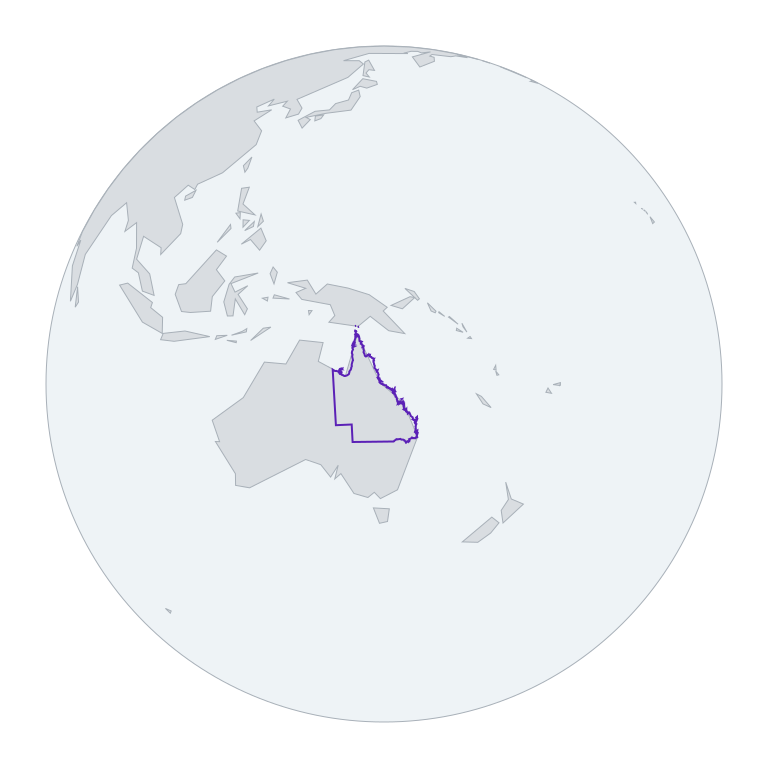 the Earth from above Queensland
{"feature_id": "AUS-2657", "entity_name": "Queensland", "entity_type": "State", "adm_level": 1, "iso_a3": "AUS", "parent_name": "Australia", "parent_adm1": "", "projection": "orthographic", "projection_center": [147.106, -19.205], "detail": "fine", "context": "on_globe", "style": "outline", "palette": "violet", "viewbox_px": 768, "rotation_deg": 0, "n_neighbors": 0, "source": "natural_earth", "source_scale": "10m", "svg_char_len": 11186}
<svg xmlns="http://www.w3.org/2000/svg" viewBox="0 0 768 768"><circle cx="384" cy="384" r="338" fill="#eef3f6" stroke="#a8b0b8"/><path d="M560.4,382.6L560.4,385.2L559.9,385.5L560.4,382.6ZM534.9,81.6L537.8,83.3L530.4,81.3L532.8,80.6L530.2,79.3L534.9,81.6ZM526.6,77.7L520.4,75.0L514.2,72.2L506.7,69.3L500.0,66.6L500.4,66.8L526.6,77.7ZM652.7,223.6L650.0,216.7L654.4,222.0L652.7,223.6ZM646.4,212.0L647.8,214.4L646.2,212.2L646.4,212.0ZM644.1,210.0L645.7,211.4L644.0,210.5L644.1,210.0ZM641.1,208.3L642.6,208.9L642.5,209.1L641.1,208.3ZM635.8,203.6L634.4,202.3L635.6,202.2L635.8,203.6ZM506.9,69.4L507.9,69.9L503.6,68.3L506.9,69.4ZM489.4,63.0L482.3,60.7L489.9,63.1L489.4,63.0ZM475.0,58.6L478.3,59.5L460.9,55.0L461.6,55.4L454.3,53.5L475.0,58.6ZM408.8,47.0L412.4,47.3L430.9,49.4L432.7,49.6L432.2,49.5L454.3,53.5L461.6,55.4L457.1,54.6L467.5,57.7L455.8,55.9L450.9,56.7L432.0,54.5L429.8,56.1L434.1,57.3L434.4,61.3L419.8,67.0L412.4,56.9L430.5,51.9L421.4,52.9L417.8,51.4L411.0,51.3L405.1,52.8L407.9,53.6L369.1,53.4L343.5,60.7L359.2,60.7L363.4,64.0L347.9,77.4L297.0,99.4L302.0,108.1L298.5,114.1L285.8,117.9L290.5,109.0L282.7,106.2L287.3,101.2L268.5,105.9L274.3,99.1L256.8,107.0L257.2,112.2L271.7,109.8L254.1,120.9L261.6,130.8L256.2,144.6L222.5,172.8L197.6,184.2L194.8,189.5L188.2,185.2L174.4,197.5L182.7,224.4L180.7,233.6L160.7,254.5L161.1,247.7L143.6,236.3L136.6,259.2L149.7,273.9L154.1,295.4L142.4,291.1L138.4,272.8L132.2,268.1L136.5,248.3L136.6,222.6L124.9,231.4L128.4,220.4L126.6,202.7L111.4,215.6L85.3,254.4L77.5,284.3L70.4,301.3L72.4,265.9L80.8,240.1L76.8,246.3L82.5,231.5L94.5,209.7L108.1,188.9L123.1,169.2L139.6,150.6L157.4,133.3L176.4,117.3L196.6,102.8L217.7,89.8L239.8,78.4L262.6,68.6L286.1,60.6L310.1,54.3L334.5,49.7L359.2,47.0L384.0,46.1L408.8,47.0ZM165.4,608.4L171.2,611.0L170.3,613.2L165.4,608.4ZM226.8,340.3L236.4,341.1L236.2,342.7L226.8,340.3ZM216.8,335.7L227.3,335.3L215.3,339.4L216.8,335.7ZM231.5,335.2L242.2,331.4L246.8,328.6L246.3,331.9L231.5,335.2ZM209.8,336.6L174.1,341.3L160.6,339.7L163.2,333.4L185.0,331.0L209.8,336.6ZM162.2,333.4L142.4,322.1L119.6,285.1L127.7,283.1L152.4,302.5L150.7,307.6L162.6,317.3L162.2,333.4ZM212.3,296.6L210.6,311.2L190.4,312.5L181.5,311.5L175.2,294.3L178.7,284.6L185.8,283.7L216.4,249.9L226.5,256.1L216.4,269.7L224.8,280.9L212.3,296.6ZM77.6,286.7L78.5,302.1L75.2,307.2L77.6,286.7ZM231.0,228.5L217.2,242.3L230.5,224.5L231.0,228.5ZM240.3,212.6L240.0,218.8L235.9,213.2L240.3,212.6ZM192.4,197.4L184.7,200.2L185.6,196.1L196.0,190.3L192.4,197.4ZM251.9,157.0L247.8,168.2L244.9,172.2L243.4,165.7L251.9,157.0ZM491.8,517.1L499.0,522.8L490.7,533.0L477.8,542.3L462.3,541.9L491.8,517.1ZM379.5,523.3L373.4,507.9L389.3,508.8L387.5,521.5L379.5,523.3ZM501.2,510.4L508.4,499.5L505.7,482.1L511.3,499.0L523.4,504.1L503.0,523.0L501.2,510.4ZM305.6,459.5L249.6,487.8L235.6,485.4L235.4,473.7L215.4,441.5L219.6,441.7L212.2,420.2L243.3,397.6L264.4,362.1L285.9,364.0L299.6,340.1L323.1,342.6L318.3,361.4L345.4,376.0L357.4,334.2L380.0,382.6L403.7,403.1L417.6,436.9L397.5,489.8L380.4,498.6L374.3,492.3L367.9,497.5L354.0,493.5L340.9,473.6L334.8,478.9L338.2,465.2L330.6,477.1L320.8,464.7L305.6,459.5ZM476.4,393.8L481.4,396.4L491.1,407.6L483.0,403.9L476.4,393.8ZM548.0,388.0L551.5,393.3L545.9,392.3L548.0,388.0ZM559.9,385.5L553.1,384.6L560.4,382.6L559.9,385.5ZM495.7,371.0L498.8,374.8L496.9,375.3L495.7,371.0ZM493.6,369.4L495.7,365.3L496.1,370.1L493.6,369.4ZM467.6,338.2L470.1,336.5L471.5,338.6L467.6,338.2ZM250.6,340.5L263.3,328.2L270.9,327.1L250.6,340.5ZM463.1,332.3L456.3,330.5L456.7,328.2L463.1,332.3ZM463.0,326.8L461.9,323.2L466.9,332.1L463.0,326.8ZM449.4,316.5L458.1,324.2L448.5,317.1L449.4,316.5ZM444.7,316.4L438.7,312.7L439.0,311.7L444.7,316.4ZM383.2,311.0L404.8,333.6L388.7,330.7L370.2,316.3L358.0,326.4L328.9,322.2L334.8,315.6L330.3,304.7L301.8,299.4L296.0,292.5L305.7,288.3L287.5,282.7L307.3,280.1L315.9,294.1L327.3,284.0L348.1,288.1L369.2,294.7L387.2,307.3L383.2,311.0ZM308.5,310.5L312.0,310.6L309.1,314.7L308.5,310.5ZM427.4,302.8L436.0,311.2L435.2,312.8L431.1,311.0L427.4,302.8ZM391.1,305.4L410.0,296.7L414.7,297.6L402.4,308.8L391.1,305.4ZM404.9,288.4L414.2,291.5L419.4,298.8L417.6,300.3L404.9,288.4ZM268.0,297.2L267.4,301.0L262.4,298.2L268.0,297.2ZM274.3,294.8L289.5,299.0L273.0,298.1L274.3,294.8ZM231.0,283.6L235.0,292.1L247.8,285.7L238.1,294.4L247.4,308.8L244.7,314.7L235.3,298.9L233.0,315.9L227.4,316.0L223.8,301.9L229.1,284.3L234.7,277.0L258.2,273.0L231.0,283.6ZM274.0,283.9L270.1,273.7L273.1,267.0L277.3,272.2L274.0,283.9ZM259.6,250.2L250.5,239.5L241.3,244.2L260.9,228.1L266.2,240.8L259.6,250.2ZM253.4,226.5L244.7,230.6L254.3,221.5L253.4,226.5ZM243.0,227.2L243.1,219.8L249.4,220.4L243.0,227.2ZM257.8,226.6L261.1,214.0L263.4,221.2L257.8,226.6ZM243.0,204.0L255.0,214.9L237.7,211.0L241.6,188.3L249.3,187.2L243.0,204.0ZM314.8,120.9L315.4,116.0L323.6,115.0L320.9,118.6L314.8,120.9ZM351.0,110.1L326.0,113.3L306.1,117.4L310.3,119.6L302.1,128.1L298.1,120.3L315.1,111.3L329.5,109.9L335.6,103.6L348.5,100.0L351.7,92.7L358.7,90.1L360.2,96.6L351.0,110.1ZM352.5,89.7L362.8,78.7L376.5,81.4L377.3,84.4L366.8,88.1L360.2,86.3L352.5,89.7ZM369.3,77.0L363.0,75.6L364.9,62.0L368.7,60.1L374.5,70.4L368.9,69.7L366.0,73.0L369.3,77.0Z" fill="#d9dde1" stroke="#a8b0b8" stroke-width="1"/><path d="M332.7,369.6L334.4,370.8L335.5,371.0L336.5,370.9L337.5,371.3L338.5,371.4L339.3,372.2L339.3,373.0L339.8,373.9L341.0,374.2L342.1,375.0L343.7,375.5L344.2,376.0L345.5,375.9L347.0,375.4L348.8,374.2L349.4,372.4L349.3,371.7L350.1,370.4L350.7,369.8L351.2,368.6L351.1,368.0L351.9,366.0L351.6,365.2L351.9,363.6L352.6,361.0L353.0,360.3L352.2,356.7L352.5,354.5L351.8,353.1L352.1,351.3L353.0,349.4L352.3,347.9L352.6,347.3L353.3,346.9L353.6,346.0L354.0,346.3L354.3,347.4L354.1,346.5L354.7,346.2L353.6,345.9L354.5,345.5L353.5,345.5L352.9,345.0L353.2,344.8L352.7,344.7L352.7,345.2L352.9,345.3L352.3,345.3L353.0,343.5L353.5,343.5L353.2,343.3L353.6,342.1L354.1,341.8L354.1,342.7L354.4,342.3L354.7,342.5L354.8,342.3L354.3,341.9L354.3,341.4L355.3,338.2L355.3,335.9L356.3,335.6L357.0,334.5L357.6,334.3L358.0,334.7L357.4,335.3L357.4,335.8L357.9,335.3L358.3,335.7L358.3,336.1L358.8,335.9L359.2,337.1L359.1,337.7L359.5,338.3L359.3,338.9L359.5,341.0L360.3,341.5L360.9,341.3L361.8,341.7L360.8,342.8L360.8,343.8L361.8,344.1L362.1,345.0L362.9,345.4L362.5,347.0L363.5,346.7L363.3,347.2L363.3,348.1L363.5,349.6L363.8,350.1L363.9,350.8L363.5,352.1L364.0,353.2L364.4,353.6L364.6,354.8L365.0,355.9L365.9,356.5L367.2,355.7L367.4,355.0L368.0,355.3L368.8,354.9L369.0,354.4L369.6,355.0L369.6,355.6L369.9,355.4L369.8,356.2L370.1,356.7L371.4,357.0L371.7,357.7L372.2,358.1L373.3,358.3L373.6,359.0L374.0,358.9L373.4,360.3L373.5,360.7L373.9,360.5L374.0,360.7L373.6,361.0L373.4,361.8L374.1,363.7L374.1,364.6L374.7,365.5L374.5,366.3L374.7,366.7L374.4,367.8L376.2,369.8L376.5,370.3L376.3,370.6L376.5,371.0L376.8,370.3L377.1,370.5L377.5,370.3L377.1,371.4L378.2,373.3L378.2,374.1L378.6,374.7L378.4,375.0L378.3,375.7L378.4,376.1L377.8,377.7L377.9,378.3L378.4,379.0L378.8,379.1L379.0,379.9L379.7,380.0L379.4,382.1L380.4,383.2L381.5,383.9L382.0,383.8L382.9,384.6L383.5,384.3L383.5,383.8L383.7,384.7L384.2,385.2L385.8,385.2L385.8,384.6L386.5,386.0L386.7,386.8L386.5,387.0L387.2,387.7L387.8,387.7L387.6,386.9L388.0,387.0L388.6,388.1L389.4,388.0L389.7,388.3L390.5,388.5L390.7,388.9L390.4,389.2L391.2,389.9L391.5,389.8L391.3,389.7L391.6,389.5L391.4,389.1L391.8,389.2L392.1,389.0L392.3,390.0L392.5,389.7L392.7,389.8L392.7,390.3L393.3,390.2L394.1,391.9L393.7,391.8L393.4,391.3L393.1,391.5L392.8,391.3L392.9,391.7L392.6,392.1L393.0,393.0L393.6,393.3L393.5,394.0L393.7,393.7L394.7,394.0L394.6,394.5L395.3,394.6L395.7,395.2L395.5,395.9L395.7,396.3L395.8,396.2L396.0,396.3L396.2,396.9L396.0,397.0L396.3,397.2L396.0,397.7L396.3,397.5L396.6,397.6L396.7,398.1L397.1,397.8L396.8,398.4L397.0,399.0L396.8,399.3L397.5,401.5L397.4,401.7L397.7,402.0L398.1,402.6L397.9,403.5L398.8,402.8L400.0,404.4L399.4,402.4L399.7,401.6L400.1,401.4L400.8,402.9L403.1,404.3L402.7,403.2L402.9,402.6L403.2,402.7L403.2,403.0L403.4,403.1L403.5,402.8L403.6,403.3L403.9,403.4L403.7,403.7L403.4,403.7L403.7,404.4L404.0,403.8L404.2,404.8L404.0,406.1L403.7,406.2L403.9,406.4L403.8,407.5L404.2,408.0L403.9,408.4L404.4,409.5L404.0,409.6L404.4,409.9L405.1,409.9L405.7,410.6L406.0,411.4L406.5,411.5L407.3,412.6L407.8,412.7L407.9,413.1L408.1,412.8L408.7,413.1L408.3,412.5L408.4,412.4L408.9,412.7L408.8,412.9L409.2,412.7L409.3,413.4L409.6,413.6L409.8,413.5L410.9,416.1L412.7,417.4L412.8,418.6L413.5,419.5L413.1,419.6L413.8,420.1L414.4,420.3L414.5,420.0L414.9,420.3L415.0,421.1L414.6,421.4L415.1,421.2L415.1,421.6L414.8,421.9L414.7,422.6L415.3,423.5L415.3,424.3L415.6,423.5L415.8,424.1L416.3,424.2L415.5,426.4L415.8,426.8L415.6,428.3L415.8,428.5L415.7,429.7L416.0,430.8L415.3,431.0L415.1,431.5L415.5,431.5L415.2,432.2L415.7,432.5L415.8,433.0L416.2,433.3L416.8,435.1L417.0,435.1L416.7,436.0L416.9,436.0L416.9,436.7L417.2,437.1L416.4,437.7L415.6,437.7L415.1,438.3L413.9,438.0L413.2,438.2L412.6,437.8L412.3,438.0L411.9,437.6L411.4,438.2L409.1,439.2L409.6,440.1L409.3,441.3L408.5,441.3L408.3,441.7L407.8,441.1L407.0,441.5L406.7,442.1L406.0,442.7L405.7,442.3L405.6,441.3L404.4,440.7L404.4,440.2L403.1,439.6L401.3,439.6L400.5,438.9L397.4,439.4L396.9,439.1L396.3,439.2L396.0,439.7L394.3,440.7L394.1,441.2L393.6,441.5L352.6,442.0L351.7,424.5L335.9,425.2L332.7,369.6ZM417.4,418.7L415.7,422.6L415.8,423.1L415.5,423.3L415.0,422.1L415.7,420.6L415.8,420.1L415.5,419.9L416.6,418.9L416.7,418.2L416.2,417.6L417.0,416.9L417.0,418.0L417.4,418.7ZM342.4,368.6L342.3,369.1L341.7,369.3L341.4,368.9L341.0,369.1L341.3,369.3L341.0,369.3L340.8,370.0L340.6,369.8L340.1,370.4L339.6,370.4L339.3,370.0L339.4,370.4L339.2,370.6L339.3,369.8L339.9,368.9L341.6,368.4L342.2,368.7L342.4,368.6ZM406.3,410.2L406.6,411.0L406.2,411.2L404.9,409.5L405.4,409.2L406.1,409.8L406.3,409.5L406.3,410.2ZM379.7,379.0L379.8,379.4L379.6,379.7L379.1,379.6L378.9,379.1L378.3,378.4L379.0,378.5L379.1,378.1L379.5,378.3L379.4,378.7L379.7,379.0ZM417.1,432.7L417.7,432.9L417.1,434.6L416.8,434.7L416.9,433.3L417.1,432.7ZM417.1,432.5L416.8,430.8L417.3,430.5L417.1,432.5ZM355.6,333.8L356.1,334.5L355.5,334.8L355.1,334.3L355.6,333.8ZM341.6,372.1L341.6,372.5L341.0,372.5L340.8,372.8L340.7,372.5L341.2,371.8L341.6,372.1ZM356.1,331.1L356.3,331.5L356.1,331.8L355.7,331.7L355.6,331.2L356.1,331.1ZM394.8,390.6L394.1,390.4L394.4,389.6L394.5,390.1L394.8,390.6ZM355.5,330.8L355.5,331.2L355.2,331.4L355.0,331.0L355.2,330.6L355.5,330.8ZM357.8,326.8L358.9,326.7L358.5,326.9L357.8,326.8ZM399.4,400.8L399.4,401.5L399.2,401.9L399.1,401.4L399.4,400.8ZM402.4,401.9L402.8,402.5L402.4,402.7L402.4,401.9ZM394.3,389.0L394.1,389.8L393.8,389.5L394.3,389.0ZM355.5,325.9L355.9,326.0L355.2,326.1L355.5,325.9ZM381.1,380.9L381.6,381.3L381.0,381.4L381.1,380.9ZM382.6,383.5L382.7,383.8L382.4,383.8L382.2,383.6L382.6,383.5ZM356.0,333.7L356.3,333.9L356.0,334.1L356.0,333.7ZM406.8,411.1L407.0,411.8L406.8,411.4L406.8,411.1ZM398.3,402.6L398.5,402.7L398.3,403.2L398.2,402.9L398.3,402.6ZM395.0,391.2L395.1,391.6L394.8,391.9L394.7,391.7L395.0,391.2ZM391.5,388.5L391.6,389.0L391.4,389.0L391.5,388.5ZM401.5,399.1L401.9,399.0L401.7,399.3L401.5,399.1ZM338.9,371.0L339.1,370.9L339.3,371.0L339.0,371.2L338.9,371.0ZM415.1,420.3L415.4,420.6L415.1,420.3Z" fill="none" stroke="#5b21b6" stroke-width="2"/></svg>